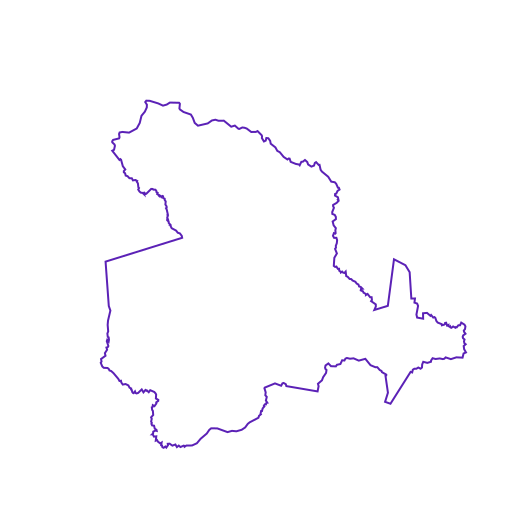 outline of Zimba, Southern, Zambia, rotated 163°
{"feature_id": "96606910B98197380388075", "entity_name": "Zimba", "entity_type": "district", "adm_level": 2, "iso_a3": "ZMB", "parent_name": "Zambia", "parent_adm1": "Southern", "projection": "equal_earth", "projection_center": [26.486, -17.666], "detail": "fine", "context": "isolated", "style": "outline", "palette": "violet", "viewbox_px": 512, "rotation_deg": 163, "n_neighbors": 0, "source": "geoboundaries", "source_scale": "gbopen_adm2", "svg_char_len": 6100}
<svg xmlns="http://www.w3.org/2000/svg" viewBox="0 0 512 512"><g transform="rotate(163 256 256)"><path d="M405.8,108.8L404.5,109.0L404.1,107.2L402.4,104.8L400.8,105.2L402.0,102.7L401.3,102.2L401.4,100.5L400.4,99.6L398.4,100.3L397.8,99.0L395.5,100.8L395.3,102.2L393.5,101.8L391.4,99.1L388.2,99.3L387.5,96.4L385.3,97.3L384.1,95.4L380.6,95.8L379.9,95.3L380.0,94.5L378.0,95.1L372.6,93.5L367.3,94.2L362.4,97.4L355.0,100.6L351.5,103.4L349.3,104.3L343.5,102.5L334.7,95.9L330.1,95.8L326.0,94.1L320.5,94.0L316.5,95.2L312.9,97.9L310.6,98.8L301.0,100.6L299.8,102.3L297.6,103.2L297.8,103.8L296.4,106.3L295.6,106.0L294.2,108.3L292.0,109.7L292.3,110.4L291.7,111.0L290.7,111.6L289.9,111.2L289.0,112.5L288.1,112.4L288.8,114.9L286.9,118.1L287.8,120.1L286.6,122.8L286.6,127.1L286.1,127.6L275.1,128.6L269.9,124.6L267.9,126.5L266.7,126.5L265.0,124.7L265.0,122.7L236.7,108.5L234.2,113.2L234.1,115.7L229.3,117.8L227.2,120.5L223.2,123.7L221.9,126.4L222.6,127.6L222.6,129.0L221.5,131.0L218.2,132.1L216.5,128.7L211.9,127.1L210.4,128.3L206.9,128.0L204.1,131.1L202.0,130.2L200.5,131.7L198.9,131.9L196.2,130.3L192.6,129.6L188.3,125.9L181.5,125.7L178.4,118.1L174.3,114.7L172.5,114.2L171.0,110.8L169.6,109.4L169.5,108.1L166.1,104.5L166.4,103.7L167.2,103.6L169.8,86.7L175.2,78.8L170.6,75.4L142.0,100.0L140.7,99.0L139.3,101.4L137.5,101.9L135.6,101.3L133.4,101.9L131.6,100.1L129.9,100.8L128.8,103.7L127.0,105.9L123.4,103.7L119.6,103.7L119.1,104.9L117.0,106.6L114.4,105.0L110.2,104.3L107.5,102.8L105.9,102.7L104.3,103.6L99.8,100.4L94.0,100.5L88.2,98.4L86.0,102.1L83.4,102.4L84.2,106.0L83.7,109.2L81.3,110.3L82.2,111.6L82.1,113.5L81.0,115.2L82.0,116.8L82.0,118.2L81.1,119.5L78.4,120.4L79.2,122.7L79.1,123.9L77.5,125.0L76.3,127.5L76.7,129.4L79.2,132.3L81.1,130.1L82.7,130.6L84.9,129.1L85.6,129.6L86.3,129.1L88.1,131.0L90.1,130.2L90.8,130.7L90.9,132.0L91.5,131.7L92.6,132.9L92.2,133.8L93.6,133.6L93.7,136.6L94.7,136.7L95.2,135.7L96.3,135.3L98.5,135.4L98.3,136.5L101.7,139.2L102.5,141.1L102.6,144.4L103.2,145.4L104.5,145.3L105.8,148.4L106.7,147.8L109.1,151.6L113.0,152.4L114.5,147.2L119.9,150.0L119.7,153.1L115.6,160.9L115.8,163.4L118.1,165.1L116.4,168.9L119.9,169.9L113.8,195.6L115.8,203.5L125.0,212.5L144.5,169.8L158.6,169.8L156.2,172.6L155.6,174.7L159.1,179.2L158.0,180.0L157.5,182.8L158.9,183.2L160.4,187.1L162.2,186.6L161.9,187.4L163.9,189.5L164.0,190.9L165.9,192.5L165.3,193.7L163.7,193.5L164.9,195.8L166.3,196.7L166.4,198.8L167.8,200.2L168.5,202.3L170.9,204.4L171.6,206.0L173.2,206.7L174.4,209.3L175.6,210.4L174.8,214.9L176.5,213.9L177.8,214.9L178.2,215.9L179.7,215.4L179.7,216.3L180.7,217.6L180.3,219.5L181.5,219.8L182.2,222.4L183.5,222.4L184.5,223.8L181.6,231.4L177.9,234.8L178.3,239.7L177.1,240.6L176.7,242.4L175.0,244.6L173.8,247.4L173.8,249.9L176.0,250.5L176.5,252.8L174.8,255.1L173.7,254.2L173.2,254.5L172.6,257.4L171.5,259.3L172.8,262.6L172.6,266.6L168.8,267.9L168.2,270.1L168.7,272.3L170.7,273.9L170.3,275.7L167.4,279.3L167.7,281.3L167.3,282.3L163.4,283.2L160.9,284.6L161.3,285.8L160.7,285.9L160.5,288.2L162.8,290.7L162.2,292.2L161.0,292.2L159.0,294.4L156.7,295.1L156.8,297.0L157.7,297.4L158.2,301.6L159.1,303.5L162.3,305.1L163.8,310.7L168.3,317.5L169.0,319.6L168.6,324.6L169.4,324.7L171.1,328.2L172.5,327.8L174.1,325.5L176.9,325.3L179.4,328.3L179.5,330.9L181.1,333.5L183.6,332.5L185.1,332.8L187.7,330.0L188.1,330.9L191.0,332.4L195.3,335.9L195.4,339.3L196.2,339.7L197.7,339.1L200.6,342.7L202.9,348.3L204.9,350.3L205.7,354.2L209.1,359.1L208.8,362.0L209.8,365.0L211.6,365.8L213.0,363.5L214.9,363.2L215.9,367.1L215.2,368.8L215.3,369.9L218.0,375.0L219.9,374.7L224.3,376.0L227.6,380.6L229.5,382.0L231.5,382.9L234.8,382.4L235.6,382.8L238.1,386.9L241.9,386.9L247.2,394.8L252.3,396.3L255.0,398.2L258.5,398.5L263.4,396.9L273.4,397.6L275.7,401.2L276.0,406.5L276.9,410.3L283.2,414.9L285.9,418.4L286.1,419.5L284.3,423.8L284.7,425.0L293.5,427.9L297.1,426.9L301.0,427.0L304.9,430.5L312.3,435.5L315.5,436.6L316.9,435.6L316.1,432.6L317.0,430.0L320.1,426.5L324.5,423.6L328.3,417.2L332.8,412.8L341.3,411.1L347.5,413.7L350.3,414.0L351.3,412.7L351.8,409.5L352.5,408.5L358.7,408.8L360.0,407.7L360.2,406.7L358.7,404.0L358.7,402.6L360.7,399.1L362.7,398.7L358.5,387.8L357.4,388.3L356.9,387.5L357.1,380.8L355.7,377.0L357.6,375.8L357.9,374.7L357.0,373.4L357.1,371.0L355.5,369.9L354.3,367.4L352.0,366.6L351.6,364.3L349.0,363.9L347.7,362.5L348.3,362.0L347.7,360.0L348.4,356.1L348.0,355.2L349.2,354.0L348.6,351.8L347.7,350.3L346.0,349.5L345.1,347.9L345.1,349.0L344.4,349.3L343.9,348.5L344.2,347.5L342.7,347.6L336.6,350.8L335.2,350.3L334.8,349.5L332.8,348.8L332.3,347.5L332.5,346.2L331.6,345.2L332.4,344.2L330.8,342.6L331.3,342.2L331.0,341.6L330.3,342.5L330.5,341.7L329.8,341.4L329.3,340.0L328.0,340.8L327.4,340.3L327.8,338.5L326.6,337.5L326.9,336.1L326.4,334.6L327.6,331.7L327.0,329.6L327.3,328.3L328.1,328.0L327.8,326.4L328.2,321.1L328.7,321.0L328.6,320.1L329.6,318.9L329.5,316.7L330.2,317.0L330.5,316.2L329.5,314.4L329.8,313.1L328.9,311.3L329.3,310.9L328.6,310.4L328.9,309.4L328.5,307.2L325.0,303.7L324.0,301.1L322.2,299.9L321.1,297.0L321.3,295.0L401.5,294.6L411.4,251.2L411.2,246.4L416.4,237.5L418.0,233.5L419.4,227.1L420.8,225.3L421.4,222.0L420.7,221.3L421.1,218.9L421.9,217.3L422.8,219.3L423.6,218.2L423.5,213.1L424.4,212.2L425.8,212.2L425.8,209.9L428.9,207.3L429.1,204.6L434.3,202.8L434.6,200.2L435.7,199.3L435.3,195.3L434.3,193.6L430.7,192.3L429.8,190.9L429.6,189.4L428.1,188.3L426.5,185.6L423.6,178.8L423.1,176.4L421.6,176.2L421.8,174.5L421.0,172.0L418.2,171.7L415.9,169.6L415.4,167.0L414.1,165.8L414.5,164.8L414.0,164.3L414.1,162.0L413.6,160.9L413.2,160.6L411.3,161.9L411.2,160.2L410.4,159.5L408.8,159.5L404.3,161.8L403.5,158.5L400.9,160.2L400.2,159.2L399.7,159.4L398.4,157.1L396.4,158.6L393.0,155.7L392.2,153.9L392.0,152.7L393.4,149.0L391.5,147.0L391.9,146.0L394.2,145.2L394.4,144.1L397.0,142.1L398.3,143.5L399.1,141.8L399.9,141.7L400.3,139.2L399.9,138.0L400.8,134.0L403.5,132.4L403.3,130.8L404.7,128.3L404.4,126.8L405.1,126.1L404.9,124.4L403.1,123.5L403.3,120.6L402.0,118.8L402.1,117.8L403.2,118.5L405.6,118.1L406.3,116.4L407.5,115.8L406.9,115.6L406.4,113.1L404.1,112.7L405.8,108.8Z" fill="none" stroke="#5b21b6" stroke-width="2"/></g></svg>